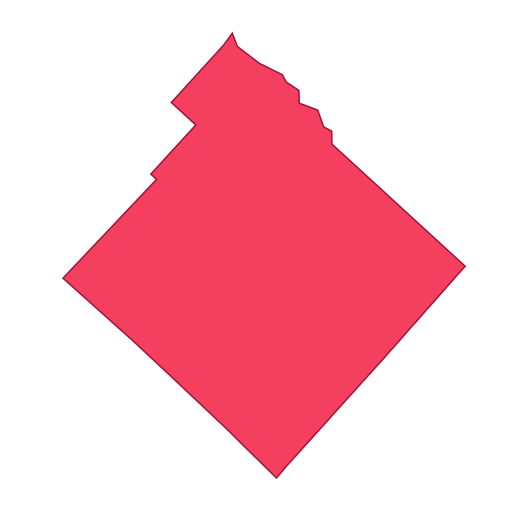 the district of Cass, Missouri, United States of America, rotated 221°
{"feature_id": "52423323B27158258855526", "entity_name": "Cass", "entity_type": "district", "adm_level": 2, "iso_a3": "USA", "parent_name": "United States of America", "parent_adm1": "Missouri", "projection": "albers", "projection_center": [-94.412, 38.646], "detail": "fine", "context": "isolated", "style": "filled", "palette": "rose", "viewbox_px": 512, "rotation_deg": 221, "n_neighbors": 0, "source": "geoboundaries", "source_scale": "gbopen_adm2", "svg_char_len": 725}
<svg xmlns="http://www.w3.org/2000/svg" viewBox="0 0 512 512"><g transform="rotate(221 256 256)"><path d="M93.9,185.6L92.4,264.4L92.5,272.4L92.3,275.9L92.2,284.5L92.2,306.8L92.0,309.6L92.0,330.1L91.9,331.5L91.9,331.8L91.7,353.9L91.6,374.7L91.5,380.3L91.5,381.2L91.4,385.5L202.4,388.4L203.6,388.5L272.0,390.2L280.8,399.9L289.7,397.8L305.1,406.6L323.6,399.7L332.2,409.1L347.4,407.1L355.0,410.1L379.8,403.6L407.6,401.9L420.1,408.6L418.8,394.1L420.6,316.3L387.4,315.4L388.3,282.0L389.1,248.8L381.3,248.6L387.1,112.6L298.1,111.3L295.4,111.3L233.6,109.1L219.5,108.5L165.4,106.3L141.5,104.7L94.9,101.9L95.1,117.0L95.1,118.5L94.9,129.7L93.9,182.3L93.9,183.6L93.9,185.6Z" fill="#f43f5e" stroke="#9f1239" stroke-width="1.5"/></g></svg>